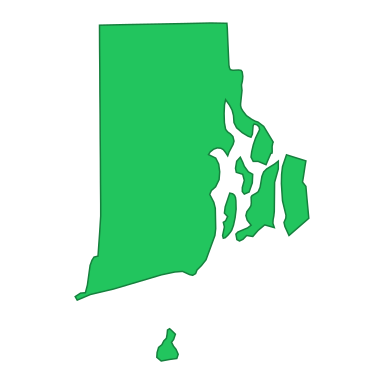 SVG path tracing the border of Rhode Island
{"feature_id": "USA-3539", "entity_name": "Rhode Island", "entity_type": "State", "adm_level": 1, "iso_a3": "USA", "parent_name": "United States of America", "parent_adm1": "", "projection": "natural_earth1", "projection_center": [-71.395, 41.581], "detail": "fine", "context": "isolated", "style": "filled", "palette": "green", "viewbox_px": 384, "rotation_deg": 0, "n_neighbors": 0, "source": "natural_earth", "source_scale": "10m", "svg_char_len": 2976}
<svg xmlns="http://www.w3.org/2000/svg" viewBox="0 0 384 384"><path d="M273.2,142.1L272.8,142.9L272.1,146.5L272.2,151.7L272.0,153.1L270.8,153.4L266.0,164.7L258.2,161.4L253.2,161.4L251.0,157.1L251.7,151.7L253.3,144.8L255.6,138.0L259.6,129.7L259.0,126.8L256.9,124.8L254.1,124.0L253.1,125.7L252.4,134.1L251.0,137.2L248.1,136.2L242.3,132.7L236.6,127.8L234.0,122.6L233.5,115.6L232.1,110.1L229.4,105.0L225.6,99.7L224.5,104.8L224.1,113.5L224.4,122.7L225.6,129.3L227.6,131.9L230.4,133.9L232.9,136.5L234.0,141.1L233.1,144.4L229.0,152.1L227.7,155.8L225.5,152.4L223.4,149.7L220.8,148.2L217.2,147.9L213.6,149.2L210.1,152.0L208.5,154.6L215.7,158.1L218.7,164.1L219.7,171.8L219.1,179.6L215.6,186.8L211.4,190.5L209.7,194.4L213.8,202.3L215.3,208.3L215.7,228.7L214.9,235.5L206.0,259.8L201.4,265.6L197.0,270.0L195.6,273.6L192.7,275.3L189.6,274.6L182.6,271.4L174.8,272.0L161.5,274.8L113.6,289.0L90.4,294.5L77.2,300.1L75.2,296.6L80.6,293.1L80.8,293.1L85.4,292.7L87.4,285.0L90.1,265.4L92.0,260.2L94.0,257.1L98.0,256.1L99.7,232.1L100.7,216.1L100.7,204.4L100.5,182.0L100.4,159.6L100.2,137.2L100.1,114.7L99.9,92.4L99.8,70.0L99.6,47.6L99.5,25.2L127.3,24.6L155.2,24.1L183.1,23.6L210.9,23.0L226.9,23.3L227.3,28.5L227.8,40.7L228.9,65.1L229.4,67.7L230.3,69.7L232.8,70.3L238.6,70.0L241.1,70.4L242.2,71.9L242.8,76.3L242.6,79.1L242.3,81.4L241.5,84.8L241.6,86.6L242.0,90.5L240.6,103.7L240.6,105.7L241.2,108.2L242.9,111.1L246.4,115.6L251.5,119.2L255.0,121.1L258.0,122.1L263.7,126.4L273.2,142.1ZM308.8,218.3L289.0,235.5L284.9,226.5L284.0,222.4L285.8,218.2L286.0,215.3L282.5,200.8L281.4,183.7L281.6,174.4L282.5,166.6L286.5,154.8L290.6,156.1L295.7,157.7L300.8,159.3L305.9,160.9L305.0,166.2L304.2,171.5L303.4,176.8L302.5,182.1L303.4,183.2L304.2,184.2L305.0,185.3L305.9,186.4L306.7,195.9L307.6,205.5L308.5,215.1L308.8,218.3ZM258.2,191.7L260.1,187.3L261.9,176.4L263.7,171.9L266.8,168.8L274.5,164.1L278.3,161.1L278.3,169.0L274.6,182.3L274.3,211.4L273.8,216.0L273.1,219.7L272.9,223.3L274.3,227.6L264.7,224.9L258.1,230.4L252.8,236.5L246.7,235.5L243.0,239.3L239.5,241.0L236.9,239.6L235.9,234.1L237.9,232.0L247.6,227.9L251.1,225.2L247.2,220.1L245.9,215.6L246.9,211.6L249.9,207.6L251.0,205.5L251.3,202.8L251.1,197.1L252.0,195.6L256.5,193.0L258.2,191.7ZM173.6,339.5L171.5,342.3L173.5,346.2L176.0,349.3L178.2,354.3L176.8,358.5L169.9,359.4L161.2,361.0L156.8,357.3L157.1,352.5L158.6,347.4L161.9,344.7L163.8,340.9L166.4,338.3L167.1,334.2L167.5,330.0L169.6,328.7L171.3,330.2L175.4,334.2L173.6,339.5ZM235.9,200.8L236.1,209.2L235.1,217.7L233.5,225.2L231.7,230.2L230.3,232.3L227.8,235.3L225.2,237.7L223.3,238.2L222.6,235.6L224.4,226.9L223.3,222.3L225.3,221.1L226.2,219.8L226.7,218.4L227.7,216.7L224.4,213.1L225.2,206.8L229.8,193.1L232.7,193.8L234.5,195.3L235.5,197.6L235.9,200.8ZM249.1,192.0L244.3,194.1L242.3,191.5L242.3,187.5L244.3,180.4L242.7,174.3L236.3,172.3L235.5,168.3L236.7,161.2L240.3,157.2L242.7,162.2L244.3,166.3L248.3,171.8L252.7,174.3L252.3,182.9L249.1,192.0Z" fill="#22c55e" stroke="#15803d" stroke-width="1.5"/></svg>